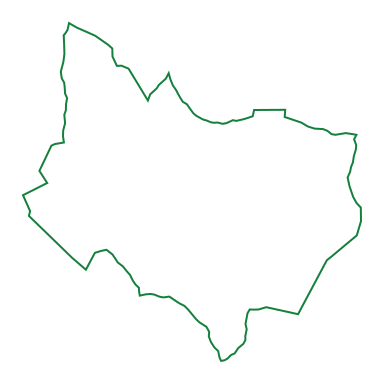 outline of Guairaçá, Paraná, Brazil
{"feature_id": "56859067B94709735368229", "entity_name": "Guairaçá", "entity_type": "district", "adm_level": 2, "iso_a3": "BRA", "parent_name": "Brazil", "parent_adm1": "Paraná", "projection": "mercator", "projection_center": [-52.742, -22.92], "detail": "fine", "context": "isolated", "style": "outline", "palette": "green", "viewbox_px": 384, "rotation_deg": 0, "n_neighbors": 0, "source": "geoboundaries", "source_scale": "gbopen_adm2", "svg_char_len": 1805}
<svg xmlns="http://www.w3.org/2000/svg" viewBox="0 0 384 384"><path d="M221.1,360.9L224.5,360.3L227.6,358.5L231.0,355.0L234.6,353.5L238.2,348.1L243.4,343.8L245.4,340.0L245.3,336.0L246.7,329.3L245.5,324.0L247.5,313.3L249.7,309.5L253.9,309.6L258.5,309.5L266.3,307.2L298.1,314.2L300.7,309.2L326.8,260.3L332.3,255.9L337.4,251.6L356.8,235.4L361.0,221.1L360.8,207.5L356.6,203.1L353.2,197.0L349.5,186.2L347.6,177.5L350.1,171.9L351.1,166.8L352.9,162.5L353.8,156.4L355.9,149.2L356.2,145.0L354.1,139.3L356.4,134.8L352.3,134.1L345.8,133.1L335.4,134.8L331.5,134.1L327.5,130.9L323.1,129.1L314.6,128.6L307.9,126.5L301.4,122.6L284.7,117.0L285.2,109.8L254.1,110.0L252.7,116.3L244.4,119.0L236.3,120.9L232.9,120.2L226.3,123.2L222.6,123.8L217.4,122.5L213.8,122.8L210.6,122.2L207.2,120.7L202.8,119.4L196.3,115.8L193.3,113.2L189.4,107.9L187.0,104.3L182.8,101.8L179.8,97.0L175.9,89.8L172.9,85.5L170.3,79.1L168.7,73.2L165.8,78.7L158.8,85.0L156.7,88.4L150.2,94.3L147.9,100.5L128.6,68.7L121.6,65.7L116.9,65.9L112.5,56.5L112.3,48.5L108.3,44.9L95.1,35.7L76.6,27.5L69.0,23.1L67.6,29.6L65.9,32.6L63.7,35.3L64.1,43.2L64.4,54.0L63.4,61.7L60.8,71.8L61.8,78.5L64.1,82.5L64.6,86.3L65.1,93.6L67.1,98.1L66.0,104.3L65.9,110.2L64.3,114.8L65.1,123.2L63.2,130.4L63.0,136.2L63.9,142.5L54.7,144.1L51.4,145.7L39.4,170.9L47.2,183.0L23.0,195.2L30.1,211.1L28.9,215.9L72.0,257.7L85.9,269.7L94.9,252.8L101.2,250.9L106.5,249.8L112.4,254.4L115.5,258.9L117.7,262.4L122.9,266.4L126.9,271.4L130.1,275.0L132.9,280.7L135.4,284.4L138.9,287.8L139.1,291.4L139.8,295.6L146.0,294.3L150.3,294.0L154.0,294.5L159.9,296.8L163.4,297.4L169.4,296.6L176.1,301.2L179.5,303.4L184.3,305.8L187.8,309.2L196.3,319.4L199.5,322.4L206.4,326.8L209.2,331.8L208.8,336.4L210.9,342.0L214.3,347.3L218.2,351.1L219.5,357.5L221.1,360.9Z" fill="none" stroke="#15803d" stroke-width="2"/></svg>